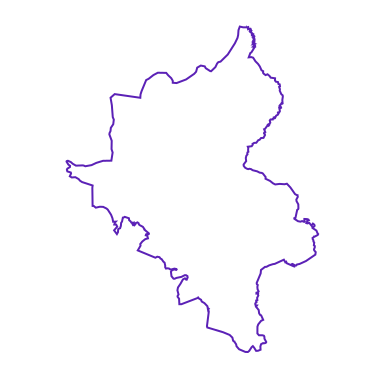 the district of South Tongu, Volta, Ghana, rotated 357°
{"feature_id": "2480657B92948775681515", "entity_name": "South Tongu", "entity_type": "district", "adm_level": 2, "iso_a3": "GHA", "parent_name": "Ghana", "parent_adm1": "Volta", "projection": "orthographic", "projection_center": [0.674, 5.965], "detail": "fine", "context": "isolated", "style": "outline", "palette": "violet", "viewbox_px": 384, "rotation_deg": 357, "n_neighbors": 0, "source": "geoboundaries", "source_scale": "gbopen_adm2", "svg_char_len": 6022}
<svg xmlns="http://www.w3.org/2000/svg" viewBox="0 0 384 384"><g transform="rotate(357 192 192)"><path d="M230.8,351.5L236.9,354.5L239.4,354.7L240.8,353.7L243.5,350.0L244.7,349.1L245.9,350.7L247.7,354.0L249.6,354.0L252.2,353.1L252.2,349.9L253.0,347.6L255.1,346.6L255.6,346.9L257.2,346.7L258.1,346.2L258.3,345.7L256.7,342.3L256.7,340.3L256.3,339.3L255.0,338.8L251.4,338.6L249.9,336.7L250.3,329.9L251.2,327.7L254.2,324.3L256.4,323.4L254.6,318.8L253.6,318.3L252.7,316.7L252.4,313.3L249.9,309.9L250.9,308.7L249.6,308.5L249.3,307.3L249.4,306.5L250.7,305.3L250.3,304.5L250.4,303.7L251.6,303.4L251.5,301.1L252.8,298.8L252.5,297.8L252.7,296.9L251.0,296.8L251.1,295.9L252.3,295.6L253.3,294.7L252.4,292.6L252.3,290.2L252.8,288.3L252.0,287.5L251.8,286.3L256.3,276.9L256.8,273.5L261.0,270.6L262.5,270.6L265.2,269.3L269.0,268.3L270.9,268.1L280.2,264.4L281.5,267.1L282.4,266.6L282.9,268.1L289.6,271.5L291.2,272.0L289.4,270.4L287.9,269.8L287.9,269.3L288.6,269.1L290.9,270.6L292.3,270.8L293.0,269.9L295.6,269.5L302.2,266.9L311.9,261.0L312.4,258.5L311.0,256.7L310.8,255.6L311.7,253.7L311.8,252.4L310.9,251.6L311.4,248.8L310.7,247.9L310.7,246.5L310.1,245.5L310.0,244.2L311.3,243.4L311.5,242.9L312.3,242.9L315.3,241.5L315.8,240.6L315.2,239.8L314.2,237.0L310.4,234.2L310.4,233.5L312.1,232.9L312.7,232.2L312.4,231.0L311.1,229.9L309.6,231.9L307.5,229.0L305.6,229.4L304.5,229.0L304.7,228.3L305.6,227.8L305.5,227.0L307.2,226.3L306.8,225.6L305.6,225.1L302.8,224.8L302.7,225.9L303.0,227.2L302.4,227.7L300.4,226.8L298.8,227.3L296.3,226.7L292.8,224.1L292.8,223.5L294.0,223.1L296.1,215.4L297.1,214.7L297.4,213.9L297.5,209.9L295.9,206.6L295.8,205.0L297.4,202.4L297.2,200.7L296.7,200.7L294.8,199.5L290.5,192.6L287.2,188.7L284.8,189.1L280.0,188.5L275.5,188.8L273.4,187.6L270.5,185.0L266.1,182.6L266.3,180.9L263.7,177.2L262.7,176.6L260.6,176.2L258.2,174.8L253.7,173.4L252.1,172.2L250.5,171.8L249.3,172.1L248.0,171.6L246.3,170.5L245.0,168.6L245.0,167.2L247.7,164.0L247.5,160.9L248.2,158.6L249.4,157.3L249.2,156.1L249.6,155.2L250.4,154.8L250.2,153.1L250.5,151.0L250.1,149.7L254.0,149.4L255.1,148.0L255.0,147.1L256.7,146.2L258.8,146.2L260.9,143.7L262.2,143.4L263.8,141.7L266.2,141.7L267.9,138.9L267.7,137.9L267.0,137.4L267.2,136.5L268.3,136.0L267.3,133.1L268.2,132.8L270.4,130.1L270.9,130.0L271.0,129.0L271.5,128.6L272.2,129.6L272.8,128.9L272.9,127.9L273.8,126.9L273.4,124.6L274.2,123.7L275.4,123.8L276.1,123.4L276.5,123.7L277.0,122.9L277.8,122.8L277.6,121.8L278.3,121.6L279.0,122.1L280.0,120.2L281.9,119.2L282.5,118.1L281.9,117.4L282.1,117.0L283.3,117.0L284.0,115.9L283.5,112.4L284.9,112.9L285.4,112.5L285.1,111.6L284.2,111.7L284.6,110.7L284.1,110.2L285.4,108.8L286.5,108.6L286.4,107.8L287.1,107.9L287.0,104.9L287.7,101.5L287.6,100.2L286.3,99.0L284.9,95.4L285.2,93.9L284.5,91.6L285.4,91.1L285.2,89.1L284.0,88.7L283.6,86.7L281.5,86.2L280.7,85.0L280.9,82.8L276.5,81.9L275.6,80.3L273.6,78.4L271.6,79.1L269.9,77.7L269.2,76.7L269.4,75.1L267.8,74.1L266.3,70.2L264.7,67.6L262.2,64.8L260.1,61.1L258.3,60.4L255.7,60.5L257.5,56.3L258.6,55.7L261.8,51.1L261.1,51.0L261.2,50.5L262.1,50.7L262.7,50.3L262.6,50.0L261.0,49.9L262.1,49.1L261.5,48.5L262.3,48.3L261.8,47.5L260.7,47.6L261.2,47.1L262.0,47.0L260.6,46.2L261.2,45.7L260.8,45.2L261.5,44.9L262.2,45.1L262.3,44.3L261.2,43.7L261.5,43.2L262.4,43.1L262.5,42.6L261.0,41.2L261.4,41.0L261.8,41.3L262.4,40.2L261.7,39.3L260.9,39.4L260.6,38.8L261.5,38.7L260.9,38.0L261.4,37.5L260.5,36.8L260.0,37.4L260.0,36.2L258.8,35.5L259.2,34.9L258.6,34.6L259.2,34.1L258.5,33.9L259.3,32.7L259.0,32.1L258.0,32.5L257.7,32.0L256.5,32.4L256.2,30.8L256.7,31.2L256.7,30.3L256.0,30.5L251.6,30.2L248.4,29.3L246.9,32.8L246.3,37.7L245.5,40.5L242.6,45.8L234.9,56.6L227.3,63.3L225.1,63.7L223.8,65.0L221.9,68.5L217.4,72.4L216.5,72.2L212.2,69.1L211.3,67.2L207.4,66.2L203.7,68.1L202.4,72.1L200.4,74.1L192.0,79.3L182.3,82.4L178.5,81.9L178.6,79.9L177.2,77.2L174.4,74.3L172.5,71.7L164.1,71.1L159.6,73.2L154.6,76.7L152.1,77.8L146.9,88.7L145.7,91.9L145.3,95.2L119.9,90.2L115.6,93.6L116.5,101.1L116.8,113.1L117.7,115.6L116.9,120.2L114.3,123.7L113.8,126.9L112.7,128.9L112.5,130.2L114.5,136.6L113.9,145.0L114.8,148.4L113.1,156.5L104.8,156.2L98.0,157.9L93.1,159.9L86.8,160.7L85.2,159.9L84.1,159.7L77.5,159.6L74.4,157.6L72.6,155.8L69.7,154.3L68.5,154.6L68.3,155.1L70.0,158.2L71.6,159.5L71.4,160.7L68.7,162.2L68.2,163.3L68.6,164.9L72.0,166.2L72.2,167.2L70.8,169.9L72.7,171.2L76.3,171.1L79.5,173.2L80.7,174.8L82.7,176.3L93.1,180.3L92.7,182.6L92.0,200.7L93.1,200.8L95.1,202.6L99.2,201.9L102.5,202.2L105.7,204.0L106.9,205.1L110.0,210.5L111.2,214.1L111.7,217.6L114.3,217.6L113.5,218.4L112.7,220.4L114.6,220.6L115.5,222.7L112.2,226.2L114.8,230.1L116.0,228.2L116.3,225.6L116.6,225.0L118.3,224.4L119.2,222.1L119.6,219.2L120.6,217.8L121.6,214.0L122.2,214.0L123.5,213.3L127.6,214.9L127.8,216.9L129.1,218.1L129.9,219.5L130.5,219.9L131.2,219.5L131.6,219.8L132.2,219.6L132.1,220.3L131.0,221.1L131.4,222.0L132.1,221.9L132.6,222.3L133.8,221.2L133.7,220.3L136.0,219.5L137.1,220.5L137.2,221.4L137.8,222.2L141.1,224.2L142.7,226.8L142.5,227.1L146.7,231.0L146.8,231.5L146.3,231.9L145.3,231.4L143.9,231.9L143.6,232.8L144.5,233.0L145.1,233.7L145.6,236.0L142.9,236.6L139.8,238.8L137.6,241.3L137.8,242.9L134.8,247.5L152.0,255.7L153.9,254.8L156.1,255.4L157.1,256.9L158.1,257.4L159.8,260.1L160.9,261.1L161.4,264.1L161.3,265.8L162.0,267.1L163.3,266.9L165.0,267.2L166.0,268.0L167.2,268.3L170.4,267.6L172.4,268.1L172.6,268.6L172.1,269.0L170.4,268.4L168.0,269.0L166.8,270.5L167.1,275.0L169.0,277.6L170.2,277.7L171.9,277.0L177.0,276.2L180.4,274.7L181.7,274.8L183.0,275.7L183.2,277.1L182.1,279.3L181.4,279.1L181.0,278.1L180.3,277.9L178.3,278.9L175.8,282.9L173.0,286.6L172.3,289.4L173.2,293.7L172.3,294.8L172.1,295.8L173.5,297.9L173.5,303.4L175.5,303.5L192.2,298.1L192.6,297.7L193.3,298.7L195.4,300.1L196.0,301.9L198.6,303.6L201.4,306.9L201.7,309.3L201.9,308.8L202.5,309.4L202.0,309.7L202.5,312.4L199.9,326.8L200.2,328.1L215.8,333.7L222.1,336.7L224.7,339.5L225.3,342.7L226.3,343.6L226.4,342.8L226.6,343.9L228.1,346.4L228.4,348.4L230.8,351.5Z" fill="none" stroke="#5b21b6" stroke-width="2"/></g></svg>